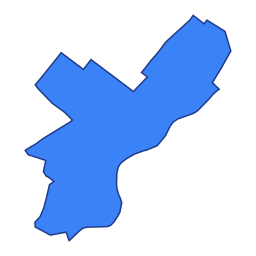 the district of Philadelphia, Pennsylvania, United States of America
{"feature_id": "52423323B91759364179792", "entity_name": "Philadelphia", "entity_type": "district", "adm_level": 2, "iso_a3": "USA", "parent_name": "United States of America", "parent_adm1": "Pennsylvania", "projection": "mercator", "projection_center": [-75.14, 40.002], "detail": "fine", "context": "isolated", "style": "filled", "palette": "blue", "viewbox_px": 256, "rotation_deg": 0, "n_neighbors": 0, "source": "geoboundaries", "source_scale": "gbopen_adm2", "svg_char_len": 1306}
<svg xmlns="http://www.w3.org/2000/svg" viewBox="0 0 256 256"><path d="M27.6,148.7L25.2,150.4L28.3,154.8L45.8,160.4L43.4,171.6L46.1,176.0L48.8,177.4L53.9,181.4L49.5,184.6L46.3,198.4L43.5,208.7L40.1,216.7L34.9,222.3L35.2,227.0L50.4,235.1L66.1,232.1L69.1,240.6L69.4,240.5L79.0,231.3L82.8,228.2L86.8,227.2L92.2,227.0L107.3,226.6L110.6,225.4L112.5,223.5L113.9,222.1L114.1,221.8L118.2,215.4L119.9,212.1L121.7,202.6L120.3,198.3L118.6,194.5L118.5,194.2L117.2,189.7L116.7,185.4L116.5,184.3L116.8,173.4L117.9,168.7L118.2,167.3L120.3,163.8L122.4,161.8L124.3,160.4L127.2,158.3L134.3,154.2L134.6,154.1L143.4,150.8L146.4,150.2L146.6,150.1L157.2,145.7L164.8,136.6L165.4,135.8L170.3,125.9L173.0,122.3L173.2,122.1L177.9,118.9L183.8,116.8L193.0,113.5L195.8,112.0L197.8,110.5L209.2,98.8L213.0,94.3L218.8,89.3L219.1,89.2L212.4,82.6L221.1,68.4L230.8,51.0L225.0,31.4L206.9,20.1L204.1,23.8L193.2,15.4L189.8,20.1L171.6,36.7L168.4,39.6L165.8,42.0L157.6,53.0L150.5,61.0L145.6,67.5L141.5,72.5L147.4,77.0L137.9,86.8L133.5,91.5L132.5,90.9L114.4,77.2L106.7,71.4L91.0,59.6L83.4,69.4L61.1,52.7L56.7,58.4L42.9,75.6L35.2,84.9L38.3,88.9L52.1,103.2L64.6,112.3L72.1,119.8L72.4,120.0L71.4,120.9L70.7,121.5L69.3,122.5L58.6,129.0L52.4,132.8L44.3,137.8L43.4,138.3L35.7,144.0L27.6,148.7Z" fill="#3b82f6" stroke="#1e3a8a" stroke-width="1.5"/></svg>